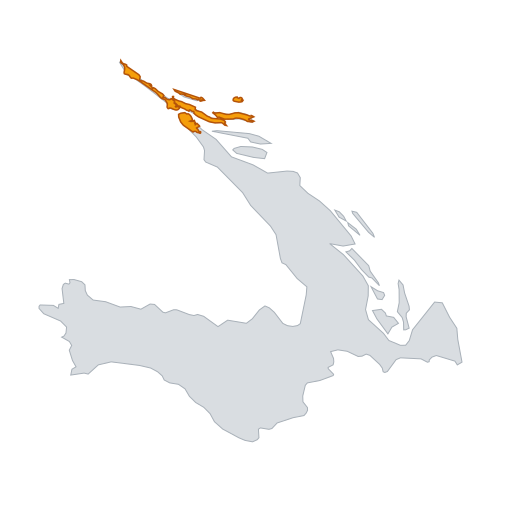 location of Dubrovacko-Neretvanska within Croatia, rotated 184°
{"feature_id": "HRV-1490", "entity_name": "Dubrovacko-Neretvanska", "entity_type": "County", "adm_level": 1, "iso_a3": "HRV", "parent_name": "Croatia", "parent_adm1": "", "projection": "robinson", "projection_center": [17.511, 42.787], "detail": "fine", "context": "in_parent", "style": "filled", "palette": "amber", "viewbox_px": 512, "rotation_deg": 184, "n_neighbors": 0, "source": "natural_earth", "source_scale": "10m", "svg_char_len": 7475}
<svg xmlns="http://www.w3.org/2000/svg" viewBox="0 0 512 512"><g transform="rotate(184 256 256)"><path d="M47.6,161.4L50.2,165.0L69.2,169.3L73.4,167.4L75.9,164.4L75.9,162.6L77.6,162.0L84.2,164.9L104.8,164.5L109.0,162.4L116.9,149.9L119.4,148.8L121.1,149.4L122.2,153.0L125.1,156.5L135.4,164.8L139.3,165.8L143.2,163.5L147.1,162.9L158.3,167.3L167.8,168.1L174.9,165.8L171.5,159.2L171.0,155.8L171.5,152.8L176.3,149.9L176.1,148.6L170.3,143.4L170.7,142.1L183.5,136.3L195.9,133.0L197.8,130.5L199.6,119.6L199.0,113.8L194.1,108.4L193.8,105.7L195.0,102.8L197.0,100.2L207.7,97.3L223.3,90.9L228.1,85.0L231.0,84.0L239.6,84.8L241.5,83.4L240.4,74.9L242.0,72.8L246.5,70.4L254.1,71.3L260.5,73.5L277.1,81.0L285.9,87.8L290.8,95.5L297.5,101.4L305.9,105.6L312.6,111.3L317.5,118.5L324.4,122.6L333.2,123.4L338.9,125.9L341.2,129.9L346.0,133.6L353.3,136.9L364.6,138.7L393.1,140.3L405.7,136.4L415.2,126.5L419.3,127.2L432.5,124.3L431.7,130.2L427.8,132.9L431.8,139.0L435.7,149.0L433.6,153.9L436.2,157.7L444.2,161.5L442.0,162.7L440.2,165.9L440.0,171.9L446.4,177.5L463.7,183.6L468.8,188.6L468.9,190.7L467.9,192.1L454.7,192.6L449.7,190.0L449.2,194.0L444.4,195.3L447.2,210.0L446.2,214.2L444.4,215.6L440.7,214.9L439.7,216.3L440.5,219.4L435.8,219.8L428.1,218.2L424.6,215.3L423.9,209.6L421.5,205.2L415.4,200.7L402.8,199.9L388.0,195.6L377.3,196.9L367.1,194.9L358.3,200.7L353.8,200.6L344.9,193.4L342.3,193.0L334.5,196.6L331.3,196.8L318.4,192.9L313.7,192.3L310.2,193.6L304.0,192.2L289.0,182.9L279.8,190.0L260.9,188.2L255.3,193.1L248.9,202.4L243.6,206.8L239.1,205.2L233.8,201.1L224.5,190.6L219.8,188.7L214.4,188.3L209.7,189.5L207.1,191.6L203.2,220.6L203.1,228.8L213.4,236.4L225.6,249.5L229.6,251.0L231.5,255.3L237.5,278.7L243.7,286.9L264.8,306.0L273.7,318.2L300.7,342.0L312.7,346.2L314.6,348.4L314.7,357.6L316.0,361.1L324.0,370.7L340.3,384.9L342.2,388.1L342.7,390.5L341.7,392.4L337.4,394.3L318.7,378.3L304.0,369.6L287.4,353.2L265.3,346.7L250.2,339.5L231.0,342.9L224.8,343.0L220.4,341.7L217.3,337.2L217.2,329.3L208.5,322.1L196.5,315.3L185.1,306.4L162.5,282.6L158.0,274.9L169.8,272.0L183.4,273.5L168.8,263.4L148.0,243.5L141.9,234.2L141.3,224.0L143.0,210.2L139.4,200.3L123.4,187.7L117.6,181.0L105.8,177.0L100.5,177.4L97.2,182.3L94.7,193.3L74.6,222.5L66.9,222.3L58.6,208.4L50.6,197.9L48.9,186.9L43.1,164.5L47.6,161.4ZM400.0,428.6L400.1,432.0L406.0,440.1L379.7,421.9L354.9,407.1L337.4,403.5L313.4,391.6L297.8,387.4L310.6,386.4L347.5,402.3L343.4,398.1L348.8,396.4L353.3,397.6L356.2,402.8L377.0,416.8L390.2,425.0L400.0,428.6ZM112.3,238.4L111.7,241.9L107.3,237.4L105.2,229.5L99.8,216.6L99.2,213.0L102.1,209.4L102.0,205.8L98.2,194.7L101.6,192.8L103.5,192.6L104.2,200.3L105.9,204.8L111.1,210.3L109.9,219.4L110.9,232.5L112.3,238.4ZM136.0,209.7L127.1,211.6L122.9,208.1L121.8,205.3L114.4,204.4L109.2,198.8L115.5,194.5L119.0,187.5L131.0,201.7L136.0,209.7ZM278.8,364.2L267.2,364.5L257.2,362.8L252.3,360.0L254.2,353.7L265.4,354.2L282.4,357.0L286.6,360.2L285.3,361.8L278.8,364.2ZM308.7,377.4L303.6,378.3L271.0,377.6L261.5,375.7L248.8,369.4L259.4,368.0L269.3,369.4L272.3,372.9L308.7,377.4ZM162.9,267.7L160.9,270.2L142.9,254.2L141.0,248.8L132.1,237.9L130.8,235.0L138.9,242.2L142.0,242.8L149.8,249.8L157.5,258.7L166.6,266.4L162.9,267.7ZM268.8,389.1L282.4,391.6L292.3,390.4L301.3,392.0L308.3,396.3L292.8,395.3L283.5,398.2L275.3,396.6L272.2,394.8L270.0,392.4L268.8,389.1ZM162.5,305.2L163.4,307.4L158.6,306.6L141.0,286.8L139.1,282.9L145.4,287.5L162.5,305.2ZM131.8,221.6L139.1,233.4L132.3,229.8L126.2,228.4L124.9,225.7L127.2,221.3L131.8,221.6ZM339.0,409.7L349.1,415.9L319.7,407.7L326.1,406.8L339.0,409.7ZM175.8,300.5L180.6,307.3L176.0,305.9L171.3,301.7L168.5,297.2L175.8,300.5ZM165.7,292.5L166.8,295.7L157.8,289.7L153.7,283.9L165.7,292.5Z" fill="#d9dde1" stroke="#a8b0b8" stroke-width="1"/><path d="M400.1,428.7L400.4,430.1L400.0,433.1L400.1,434.6L400.6,436.0L401.4,437.2L402.3,438.3L402.9,438.6L404.2,439.3L404.6,440.3L404.5,441.6L402.8,439.3L401.8,438.7L399.4,438.1L398.3,437.5L398.2,436.2L385.5,428.7L384.1,426.9L384.1,426.0L384.3,424.8L384.3,423.6L383.9,423.2L380.1,422.5L377.1,420.9L375.9,420.7L374.6,420.6L373.5,420.3L372.6,419.8L372.1,418.8L373.6,418.8L372.0,417.5L371.4,416.8L371.0,415.7L369.9,416.7L368.1,415.9L365.0,413.3L360.6,411.2L359.1,409.7L360.0,407.7L357.9,407.8L355.7,406.2L353.6,405.8L353.2,405.9L352.6,406.1L352.1,406.4L351.7,407.1L351.2,407.0L350.8,406.7L350.6,406.5L350.1,406.2L348.4,404.9L347.4,404.5L348.7,405.7L349.4,406.6L350.4,408.8L350.4,409.2L349.9,409.5L349.4,409.4L349.4,408.8L349.5,408.2L349.4,407.7L347.9,406.8L344.2,405.4L340.9,404.8L337.0,403.1L333.0,402.5L326.8,400.2L326.9,397.9L325.1,396.8L320.2,395.8L314.4,392.1L311.9,391.3L310.7,390.6L310.1,390.3L309.3,390.2L301.4,390.2L299.0,389.6L297.8,389.2L296.5,388.4L295.8,387.5L296.5,386.6L296.5,385.9L295.8,385.7L295.4,385.2L295.1,384.6L294.6,384.1L296.2,384.3L298.5,386.1L299.8,386.6L306.1,385.9L312.1,386.7L323.1,390.8L325.7,392.3L327.8,394.0L327.9,394.3L327.9,394.8L328.0,395.4L328.2,395.8L328.5,395.9L329.4,395.8L329.8,395.8L331.1,396.7L331.7,397.0L332.5,397.1L332.8,396.9L332.8,396.0L333.0,395.8L333.5,395.9L334.2,396.4L334.5,396.5L335.5,396.6L336.1,397.0L337.3,397.7L340.1,398.6L341.5,399.2L342.3,400.2L342.8,400.2L343.9,400.1L347.0,402.9L348.9,403.3L346.6,401.7L345.9,400.7L346.8,399.5L346.3,399.0L344.2,399.7L342.4,398.6L343.3,397.3L344.3,396.4L345.9,396.0L347.5,396.3L350.6,397.4L352.2,397.7L352.8,397.4L353.3,396.9L354.0,396.9L354.9,397.9L355.1,398.8L355.0,401.0L355.1,402.0L357.4,405.3L358.3,405.8L360.8,406.4L362.6,407.7L365.8,410.9L367.5,412.3L371.5,414.6L384.4,422.4L386.8,423.6L390.8,424.9L392.8,424.7L393.6,425.3L395.1,427.3L396.2,428.0L398.9,428.3L400.1,428.7ZM327.5,375.3L337.5,381.3L338.3,382.1L340.5,384.5L342.8,389.3L343.1,391.9L341.0,393.2L337.0,394.0L334.8,392.8L333.7,393.2L332.3,392.5L331.0,391.3L330.3,390.3L329.3,388.6L329.0,387.5L329.6,386.7L331.3,385.9L330.2,385.6L329.1,386.0L327.7,386.7L326.3,387.2L326.8,386.9L328.2,385.9L327.5,385.9L326.8,385.8L326.2,385.5L325.7,384.7L326.3,384.1L325.8,383.2L325.7,382.8L324.1,384.1L321.7,382.1L321.3,381.6L323.3,380.2L323.8,380.0L324.3,379.6L324.2,379.3L324.0,379.1L323.2,378.6L322.8,378.3L322.6,378.0L322.3,377.2L322.0,376.8L321.6,376.4L321.2,376.3L320.4,376.2L320.0,376.1L319.8,375.9L319.8,375.6L319.9,374.8L320.1,374.6L320.4,374.5L321.6,374.9L323.1,375.1L323.5,375.2L323.7,375.3L324.0,375.7L324.3,375.9L324.7,376.0L325.2,376.1L326.5,376.0L327.1,375.7L327.4,375.5L327.5,375.3ZM304.1,391.5L305.4,393.0L306.5,394.0L309.1,395.8L308.6,396.5L307.2,395.8L305.7,395.9L302.3,396.5L295.6,395.2L292.4,395.4L287.0,397.3L283.5,397.7L275.3,396.2L271.8,395.2L270.4,395.4L270.4,395.8L269.2,395.4L267.9,394.7L272.9,392.2L272.9,391.5L271.5,391.1L268.6,390.8L267.4,390.3L269.0,389.4L270.6,389.4L272.3,389.6L273.9,389.6L275.5,390.5L277.5,391.3L281.5,392.2L285.5,392.2L286.6,391.9L288.3,391.1L296.8,390.3L302.6,392.0L304.1,391.5ZM342.8,412.0L344.3,413.2L348.1,414.7L349.4,416.4L322.7,409.5L321.9,410.5L320.4,409.9L319.0,408.6L318.2,407.7L319.5,407.5L321.9,406.6L323.2,406.7L322.9,406.8L322.5,407.1L321.7,407.7L322.5,407.6L323.3,407.7L324.0,407.9L324.7,408.3L325.2,407.7L326.5,408.4L330.1,408.5L332.9,410.0L336.6,410.7L338.3,411.4L338.1,411.6L337.8,412.0L342.0,412.4L342.8,412.0ZM284.0,408.3L288.6,408.9L289.6,409.5L289.7,410.9L288.9,412.2L287.5,413.0L285.9,413.3L285.7,412.6L285.1,412.5L284.0,412.0L283.2,412.9L282.2,413.1L281.2,412.7L280.4,411.4L281.3,410.9L281.5,410.1L281.1,409.6L280.4,410.2L279.9,410.2L280.5,409.1L281.8,408.6L284.0,408.3Z" fill="#f59e0b" stroke="#b45309" stroke-width="1.5"/></g></svg>